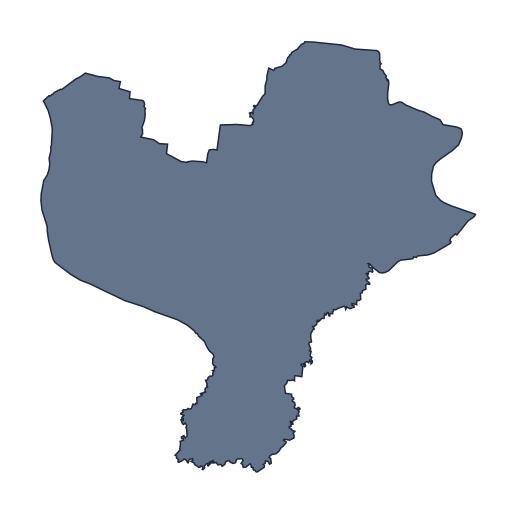 the district of Si Narong, Surin, Thailand, rotated 182°
{"feature_id": "78962969B85026049699572", "entity_name": "Si Narong", "entity_type": "district", "adm_level": 2, "iso_a3": "THA", "parent_name": "Thailand", "parent_adm1": "Surin", "projection": "robinson", "projection_center": [103.876, 14.794], "detail": "fine", "context": "isolated", "style": "filled", "palette": "slate", "viewbox_px": 512, "rotation_deg": 182, "n_neighbors": 0, "source": "geoboundaries", "source_scale": "gbopen_adm2", "svg_char_len": 5983}
<svg xmlns="http://www.w3.org/2000/svg" viewBox="0 0 512 512"><g transform="rotate(182 256 256)"><path d="M464.6,354.1L466.2,346.4L465.3,340.5L466.0,334.7L467.4,329.7L470.6,324.3L472.8,311.0L472.9,304.0L471.5,294.5L465.7,278.1L465.5,273.5L463.8,264.5L459.7,248.8L458.4,245.1L456.6,242.5L440.3,231.0L430.5,225.6L421.6,222.6L385.4,206.8L366.9,201.5L355.0,196.7L332.1,189.5L322.0,184.4L315.1,179.0L313.4,176.6L311.6,176.1L310.6,173.9L304.6,168.9L301.8,163.2L299.1,159.3L295.4,156.3L294.5,154.1L295.6,151.7L295.6,146.9L294.2,144.8L292.6,144.3L292.2,143.4L293.8,142.8L293.6,140.6L295.4,140.0L294.3,138.9L295.1,137.5L294.9,135.3L296.1,134.4L298.1,134.3L299.7,132.7L300.1,130.6L302.1,130.0L300.3,126.1L300.8,124.7L299.9,123.3L301.3,122.8L302.4,121.0L301.8,118.1L302.8,118.3L304.6,116.3L305.4,116.4L305.3,117.1L306.7,116.6L305.3,114.6L310.3,112.4L309.8,106.6L310.8,106.8L311.6,105.3L313.8,105.9L315.3,101.3L317.2,100.6L318.7,101.3L320.0,99.8L323.3,99.8L324.1,98.8L323.2,97.6L325.7,96.1L325.6,95.5L322.5,94.2L324.4,92.2L323.0,90.9L323.0,89.2L323.5,89.0L324.4,90.7L325.3,89.7L323.6,85.7L322.4,85.1L321.0,86.7L319.3,84.3L320.1,82.2L319.4,81.1L318.5,73.7L320.2,71.9L321.0,72.0L321.8,74.0L324.2,72.5L324.0,70.9L322.5,71.0L322.0,69.3L325.4,68.1L324.9,65.2L325.5,60.8L324.9,59.7L329.9,54.1L328.5,53.4L328.4,51.3L326.6,50.1L326.8,47.5L325.9,47.1L322.7,48.8L320.6,50.6L318.4,49.4L317.1,47.0L316.5,47.0L315.6,50.4L312.2,51.2L312.0,49.6L313.8,48.5L310.3,46.7L310.1,45.5L305.6,42.7L304.8,42.8L304.0,44.3L302.7,44.0L301.7,42.2L302.2,40.9L301.6,40.6L299.9,42.5L300.4,44.3L297.9,47.0L296.8,47.0L297.0,44.7L296.5,44.5L294.3,46.9L294.6,47.6L295.7,47.3L295.5,48.2L291.7,50.1L291.1,49.1L293.1,47.7L289.8,47.8L288.7,48.4L286.6,45.8L285.6,46.4L283.5,46.3L282.5,44.6L279.9,46.6L279.4,48.7L278.4,49.9L275.6,50.5L274.4,48.9L271.5,47.9L269.1,48.8L268.9,51.0L267.6,52.4L263.5,53.0L262.2,52.3L261.9,51.0L263.7,48.1L262.2,47.2L261.4,44.3L258.9,44.5L254.8,48.2L253.9,47.3L253.3,44.8L251.4,44.6L251.7,43.4L250.9,42.0L249.9,42.1L248.5,40.4L247.2,40.2L240.4,45.2L240.2,46.8L241.5,47.9L239.5,49.2L239.3,51.6L236.8,51.1L235.2,48.4L233.5,49.4L234.3,54.3L235.8,55.0L235.6,56.1L233.3,58.2L229.1,59.1L226.4,61.5L224.1,65.5L222.4,66.6L219.4,70.5L219.5,71.5L222.1,72.7L222.0,73.5L221.0,73.9L216.0,73.1L211.7,75.5L211.7,78.2L212.7,80.1L211.0,82.2L213.8,82.9L214.4,84.2L216.4,85.2L217.0,86.3L215.0,87.0L215.3,88.8L213.1,89.4L213.8,90.4L215.8,90.5L215.8,92.0L213.8,91.3L212.7,93.1L209.6,94.5L209.9,97.4L207.5,97.6L208.2,100.0L207.5,102.0L209.0,103.9L207.0,104.2L206.7,105.0L208.0,106.1L208.7,106.0L209.3,104.8L212.3,105.5L212.6,106.5L211.6,108.3L212.4,111.1L214.5,111.9L214.5,113.6L213.4,113.9L213.4,115.3L215.2,116.3L215.6,119.1L221.8,119.8L223.1,127.5L220.9,129.8L220.0,132.9L217.7,132.7L215.0,133.3L213.1,132.6L213.2,136.9L212.7,137.8L206.0,137.0L205.3,147.4L207.2,148.6L207.0,149.5L204.6,150.0L204.2,147.8L203.4,147.0L202.6,148.0L203.5,150.8L202.1,152.1L201.0,152.1L199.6,151.1L198.8,153.5L197.4,152.2L197.3,150.1L196.1,151.3L196.0,153.1L197.6,154.7L196.6,156.6L198.5,157.9L197.6,162.8L198.9,162.8L199.2,163.6L198.1,165.1L200.3,170.2L199.5,171.6L197.9,171.7L197.5,172.3L198.3,175.5L198.6,179.9L196.5,184.4L195.2,185.1L196.8,187.5L195.7,187.4L193.0,189.7L192.6,193.7L191.9,194.0L191.8,192.7L191.2,192.5L188.1,195.9L185.8,196.0L185.8,199.2L184.9,199.4L185.0,200.4L184.0,199.6L182.7,202.1L181.8,201.8L181.3,199.0L180.2,198.6L180.2,200.4L179.6,201.1L177.3,201.0L177.5,202.9L176.7,203.6L176.7,205.3L174.5,205.0L172.2,206.5L166.2,208.9L165.3,208.4L164.5,205.8L163.5,208.2L160.3,206.6L156.1,208.3L156.5,209.8L158.3,210.0L158.4,211.9L153.6,210.9L154.0,212.5L153.4,215.2L151.5,215.1L149.8,216.3L150.4,222.3L148.7,222.9L148.3,225.1L145.0,226.7L145.3,230.5L144.9,231.4L143.8,232.1L142.1,231.5L141.3,231.9L141.6,233.0L145.1,235.9L145.0,236.7L142.8,237.0L142.1,237.9L143.9,239.9L143.6,240.9L145.3,241.9L144.7,242.5L143.0,242.2L143.1,243.9L142.6,244.4L141.3,244.7L139.2,243.9L138.7,244.5L139.5,247.7L142.5,248.9L142.9,251.4L143.7,252.2L142.6,252.4L138.3,248.3L132.2,243.8L129.1,243.4L126.1,244.2L122.8,246.0L114.1,255.2L111.3,256.9L102.2,258.2L99.1,258.9L98.3,260.7L95.8,260.1L94.5,261.7L84.6,263.0L78.5,265.1L62.1,275.5L61.6,277.3L62.9,277.9L62.2,280.4L57.5,285.1L56.0,284.1L45.2,298.5L39.3,303.0L38.1,305.3L62.2,312.8L70.3,316.0L73.8,318.2L78.5,323.0L83.2,336.9L83.3,344.2L81.7,352.1L79.6,355.3L75.5,359.1L63.8,368.0L57.5,374.1L54.8,380.9L54.2,384.7L54.2,386.9L55.5,390.3L60.0,391.9L73.6,393.8L77.0,398.7L85.0,401.7L93.2,405.8L98.9,407.2L111.8,412.2L116.1,414.9L118.7,414.8L125.3,411.9L127.8,411.8L129.1,413.6L130.0,418.2L130.1,423.8L129.3,433.1L129.8,436.2L130.4,436.7L130.7,435.9L131.5,436.7L131.3,437.3L132.6,438.9L132.0,440.6L134.3,443.0L135.7,445.9L138.5,447.2L138.8,450.5L137.6,452.6L138.5,452.9L139.1,455.1L139.5,462.7L141.1,464.9L142.6,465.5L164.4,466.3L177.9,469.9L205.8,471.8L214.7,471.8L215.5,470.3L218.1,469.0L221.8,464.3L227.5,460.6L228.1,458.7L229.5,458.0L229.7,456.7L231.2,455.3L232.8,450.1L236.5,446.5L243.6,444.3L244.7,442.1L249.8,444.2L251.5,435.8L251.2,433.3L252.8,426.4L252.6,418.5L255.2,415.5L260.2,406.7L262.0,405.8L263.1,406.4L263.7,405.9L263.4,405.1L261.8,405.1L261.6,404.6L264.0,401.9L264.1,398.1L265.5,399.4L267.5,398.6L266.8,397.6L266.9,394.8L265.4,395.0L263.2,392.6L263.2,390.7L264.3,388.6L263.6,387.7L266.4,386.1L279.9,386.8L296.2,385.7L298.7,360.4L301.9,361.1L306.4,360.4L307.8,356.2L308.7,347.4L312.2,348.3L322.8,348.7L327.8,347.8L328.2,347.1L334.1,347.8L349.0,355.1L348.3,364.7L356.5,364.9L362.3,368.6L375.4,370.9L373.6,374.1L373.9,378.8L374.6,380.1L372.2,387.6L371.7,393.7L372.2,397.9L371.5,399.5L373.2,401.5L372.6,403.9L373.2,405.8L374.5,407.4L388.0,408.9L387.6,415.7L398.8,418.6L397.6,425.5L404.0,426.4L408.9,428.9L420.2,429.9L433.0,432.8L438.0,428.9L442.4,426.5L455.8,415.7L457.1,415.8L463.2,412.5L464.7,410.4L465.6,410.4L467.2,408.7L468.4,409.0L473.9,403.6L468.8,394.2L466.3,386.6L464.4,377.8L464.0,375.1L464.3,359.8L465.0,357.6L464.6,354.1Z" fill="#64748b" stroke="#1e293b" stroke-width="1.5"/></g></svg>